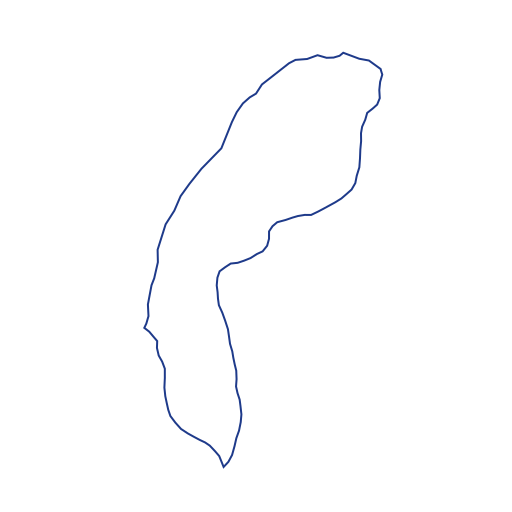 III-2 Bonasika/Boerasirie, Essequibo Islands-West Demerara, Guyana (Natural Earth projection), rotated 8°
{"feature_id": "73187651B69188247216871", "entity_name": "III-2 Bonasika/Boerasirie", "entity_type": "district", "adm_level": 2, "iso_a3": "GUY", "parent_name": "Guyana", "parent_adm1": "Essequibo Islands-West Demerara", "projection": "natural_earth1", "projection_center": [-58.423, 6.616], "detail": "fine", "context": "isolated", "style": "outline", "palette": "blue", "viewbox_px": 512, "rotation_deg": 8, "n_neighbors": 0, "source": "geoboundaries", "source_scale": "gbopen_adm2", "svg_char_len": 1629}
<svg xmlns="http://www.w3.org/2000/svg" viewBox="0 0 512 512"><g transform="rotate(8 256 256)"><path d="M253.3,469.4L257.3,463.7L260.0,456.4L261.2,447.3L261.9,439.1L263.5,431.3L264.0,422.6L263.6,414.9L261.5,406.7L259.8,400.5L256.8,394.4L254.4,388.0L253.9,380.7L252.4,372.3L250.0,366.3L247.7,359.9L245.8,353.8L242.5,346.6L240.4,339.2L238.4,332.4L234.4,324.2L230.5,316.8L226.1,309.9L224.3,303.6L223.0,297.2L221.2,290.6L220.8,282.8L222.1,276.2L227.0,271.4L232.0,267.0L238.8,265.3L244.8,262.3L250.9,258.8L256.5,254.0L261.9,250.5L265.6,244.3L266.5,237.2L265.5,229.8L268.2,224.2L272.3,219.6L280.3,216.2L286.8,212.9L291.9,210.6L298.6,208.5L304.8,207.7L311.4,203.3L316.1,199.9L322.3,195.3L327.0,191.8L332.5,187.2L336.9,182.2L341.4,176.9L344.2,170.0L344.6,162.5L346.0,153.8L345.4,144.9L344.5,136.0L344.1,127.6L342.9,119.8L343.1,113.2L345.2,105.9L346.2,98.8L351.0,93.8L354.9,89.2L356.6,82.5L355.0,74.5L354.7,66.3L355.8,58.8L354.0,55.0L353.4,53.5L341.0,46.9L340.6,46.7L330.8,46.3L314.1,42.6L310.9,46.1L305.2,48.7L298.3,49.9L289.0,48.6L279.2,53.8L267.8,56.3L261.9,60.5L238.0,85.3L233.4,95.2L227.7,99.8L221.8,106.7L216.9,116.2L213.5,126.7L206.7,154.2L189.9,177.1L180.1,193.7L173.0,207.2L168.8,222.5L162.1,237.2L157.7,263.5L159.7,275.8L158.3,292.3L156.6,299.5L155.7,319.0L157.9,330.5L156.8,338.2L155.4,342.7L160.8,345.8L165.6,350.1L170.0,354.0L170.7,360.8L173.5,368.1L177.8,373.7L181.4,380.3L182.7,389.5L183.6,399.1L185.7,407.5L188.1,414.1L190.5,420.5L193.5,426.4L199.3,432.2L205.8,437.7L213.2,441.2L219.7,443.7L226.0,446.0L231.5,447.7L236.6,450.2L242.6,455.0L247.4,459.2L253.3,469.4Z" fill="none" stroke="#1e3a8a" stroke-width="2"/></g></svg>